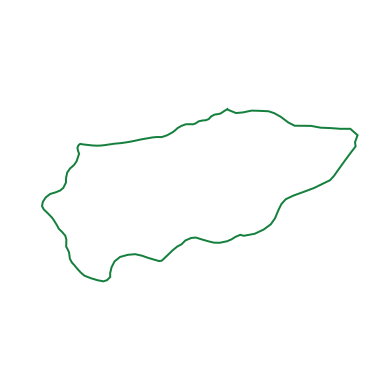 the district of Dola, Ngounié, Gabon, rotated 292°
{"feature_id": "22940354B92204383956845", "entity_name": "Dola", "entity_type": "district", "adm_level": 2, "iso_a3": "GAB", "parent_name": "Gabon", "parent_adm1": "Ngounié", "projection": "albers", "projection_center": [11.352, -2.321], "detail": "fine", "context": "isolated", "style": "outline", "palette": "green", "viewbox_px": 384, "rotation_deg": 292, "n_neighbors": 0, "source": "geoboundaries", "source_scale": "gbopen_adm2", "svg_char_len": 1768}
<svg xmlns="http://www.w3.org/2000/svg" viewBox="0 0 384 384"><g transform="rotate(292 192 192)"><path d="M202.7,93.4L201.0,90.2L199.5,86.9L197.9,82.4L196.5,77.4L195.3,73.1L194.7,70.3L192.6,69.2L190.0,69.2L187.1,71.2L185.2,73.0L177.1,73.5L172.9,72.5L168.1,70.1L163.2,69.0L157.3,70.1L153.6,71.6L147.5,71.1L144.0,69.2L140.8,65.9L137.0,61.2L132.2,58.4L127.0,57.4L122.8,58.2L120.3,61.1L118.3,66.2L115.7,72.0L113.4,75.4L110.6,79.2L108.0,82.3L106.2,86.7L104.0,90.9L100.7,93.4L94.2,95.8L92.0,98.5L89.8,100.7L86.8,102.4L84.3,103.8L81.6,107.1L80.2,110.1L77.8,114.5L75.7,118.9L74.1,123.6L74.2,130.7L74.8,137.4L76.0,143.4L78.5,146.3L82.6,148.0L86.1,146.5L92.2,145.6L98.7,146.2L104.8,149.6L109.7,156.0L113.1,162.7L114.2,169.6L114.5,176.0L115.6,187.2L117.0,189.7L124.4,193.1L130.7,195.9L135.8,198.7L139.6,201.9L144.6,204.0L149.1,208.5L151.2,212.6L151.8,219.8L152.5,226.3L153.3,231.5L155.3,236.7L159.5,243.0L162.8,246.3L166.6,249.0L170.4,252.8L170.8,256.4L173.0,259.9L176.8,265.8L184.0,272.5L191.5,277.1L198.5,278.8L207.5,278.9L214.3,279.4L220.4,281.6L226.8,287.5L233.5,295.0L241.2,303.4L249.6,311.0L254.7,315.6L260.1,317.6L267.8,319.4L279.6,322.3L288.0,324.5L295.6,326.6L299.2,324.5L306.7,324.2L309.9,315.1L306.3,306.3L303.4,297.2L299.8,287.1L297.9,277.6L291.9,262.3L292.5,255.4L295.0,246.0L295.9,238.5L295.5,232.6L292.5,224.1L289.8,216.8L284.8,209.3L281.7,203.2L281.7,194.0L282.1,193.7L279.2,191.6L275.5,189.1L274.0,187.0L272.2,183.9L269.0,181.3L265.9,180.2L263.8,178.0L262.2,174.9L260.0,171.7L256.9,169.6L255.1,167.5L254.0,164.4L252.4,160.8L249.4,157.5L245.9,154.7L242.5,153.1L239.8,151.4L235.2,147.6L231.6,143.4L229.8,138.8L227.8,134.9L224.8,130.1L221.3,124.5L217.8,119.4L214.7,114.6L210.8,108.0L207.7,101.9L202.7,93.4Z" fill="none" stroke="#15803d" stroke-width="2"/></g></svg>